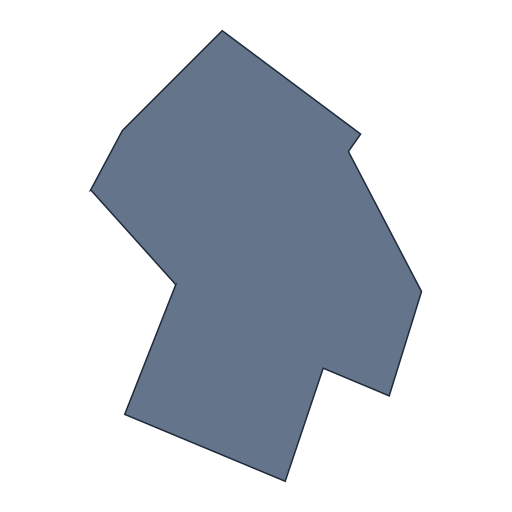 outline of Bois D'Inde, Soufrière, Saint Lucia
{"feature_id": "8701671B31799938456205", "entity_name": "Bois D'Inde", "entity_type": "district", "adm_level": 2, "iso_a3": "LCA", "parent_name": "Saint Lucia", "parent_adm1": "Soufrière", "projection": "mercator", "projection_center": [-61.035, 13.837], "detail": "fine", "context": "isolated", "style": "filled", "palette": "slate", "viewbox_px": 512, "rotation_deg": 0, "n_neighbors": 0, "source": "geoboundaries", "source_scale": "gbopen_adm2", "svg_char_len": 320}
<svg xmlns="http://www.w3.org/2000/svg" viewBox="0 0 512 512"><path d="M222.2,30.7L122.4,130.5L90.5,190.3L90.9,190.1L175.3,284.1L176.0,284.1L124.7,414.4L285.2,481.3L323.2,368.2L389.2,395.9L420.8,293.9L421.5,291.5L348.4,151.5L360.6,134.1L358.0,132.1L222.2,30.7Z" fill="#64748b" stroke="#1e293b" stroke-width="1.5"/></svg>